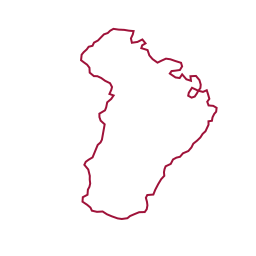 the district of São Jorge, Rio Grande do Sul, Brazil, rotated 115°
{"feature_id": "56859067B70326013254497", "entity_name": "São Jorge", "entity_type": "district", "adm_level": 2, "iso_a3": "BRA", "parent_name": "Brazil", "parent_adm1": "Rio Grande do Sul", "projection": "equal_earth", "projection_center": [-51.726, -28.505], "detail": "fine", "context": "isolated", "style": "outline", "palette": "rose", "viewbox_px": 256, "rotation_deg": 115, "n_neighbors": 0, "source": "geoboundaries", "source_scale": "gbopen_adm2", "svg_char_len": 1818}
<svg xmlns="http://www.w3.org/2000/svg" viewBox="0 0 256 256"><g transform="rotate(115 128 128)"><path d="M64.5,80.0L61.2,79.3L58.0,80.4L54.4,83.5L52.1,88.4L54.7,93.3L58.6,90.9L59.2,95.7L56.5,101.6L60.9,102.3L62.1,106.3L61.0,113.1L58.0,112.6L56.0,109.3L53.5,105.5L49.3,105.0L46.5,107.5L47.3,113.5L47.8,118.6L49.1,122.9L52.7,126.0L56.3,128.9L55.2,134.8L53.2,139.3L49.1,143.2L50.0,149.7L47.1,150.1L43.9,147.9L41.7,152.4L46.0,155.8L49.1,160.5L45.6,163.2L41.2,163.2L37.8,163.9L39.4,168.3L40.7,173.0L42.8,178.1L44.3,183.1L47.4,185.3L50.5,186.5L53.3,189.4L57.3,190.8L61.4,192.2L65.0,194.9L68.5,194.9L71.0,198.0L74.2,198.6L78.0,200.2L81.1,201.0L86.4,199.2L87.2,195.5L87.9,191.8L89.7,188.4L94.0,186.1L95.4,180.8L94.0,177.7L94.0,173.4L94.9,168.7L95.0,163.2L97.6,159.8L100.4,159.3L105.0,159.2L104.6,154.8L108.8,155.5L113.5,157.7L118.5,156.5L121.7,156.3L127.1,160.0L130.2,158.5L132.9,155.9L134.5,150.7L149.6,146.7L152.7,146.8L156.1,148.3L169.6,147.7L173.4,150.3L176.5,152.0L179.8,152.0L182.4,146.5L187.5,142.4L190.9,140.9L194.3,138.8L197.6,138.1L200.8,138.3L205.6,136.5L209.8,139.7L214.0,138.1L214.9,132.4L216.0,128.4L218.2,125.8L217.1,120.7L214.4,115.7L215.1,110.6L214.9,105.4L214.3,99.2L213.1,95.2L210.0,90.4L207.0,89.0L203.5,85.9L199.6,82.3L197.1,77.3L193.7,76.7L189.9,77.7L186.9,79.6L183.7,82.3L180.6,82.2L177.6,76.9L172.5,77.2L166.0,76.9L160.3,76.3L156.0,74.9L152.9,76.7L149.9,77.5L146.8,77.7L142.5,74.1L137.5,73.9L134.4,71.6L132.1,68.7L127.7,67.5L123.4,63.6L118.8,62.3L114.6,62.2L110.4,60.1L105.9,58.4L101.9,57.9L98.2,56.4L94.7,56.4L91.0,56.4L87.9,57.9L86.0,55.0L82.6,55.9L78.8,55.8L76.0,55.0L72.3,56.2L71.9,60.1L73.5,64.5L70.7,67.3L67.2,66.6L63.5,69.8L60.5,72.6L63.6,75.3L64.5,80.0ZM64.5,80.0L67.6,80.2L71.3,80.8L73.6,83.2L73.3,87.1L70.3,87.8L64.5,87.0L64.5,80.0Z" fill="none" stroke="#9f1239" stroke-width="2"/></g></svg>